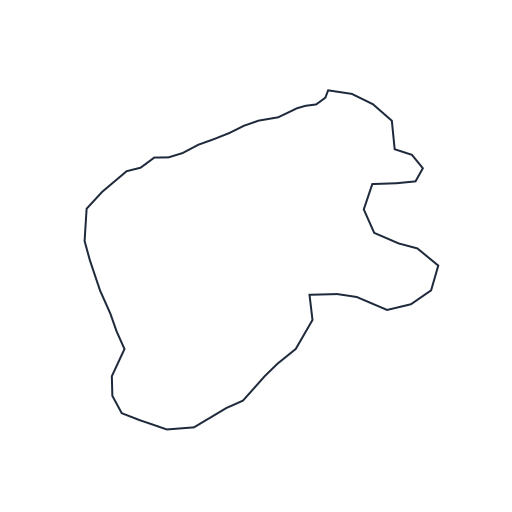 Strongylos, Cyprus (Mercator projection), rotated 336°
{"feature_id": "46923920B68545316730877", "entity_name": "Strongylos", "entity_type": "district", "adm_level": 2, "iso_a3": "CYP", "parent_name": "Cyprus", "parent_adm1": "", "projection": "mercator", "projection_center": [33.65, 35.172], "detail": "fine", "context": "isolated", "style": "outline", "palette": "slate", "viewbox_px": 512, "rotation_deg": 336, "n_neighbors": 0, "source": "geoboundaries", "source_scale": "gbopen_adm2", "svg_char_len": 842}
<svg xmlns="http://www.w3.org/2000/svg" viewBox="0 0 512 512"><g transform="rotate(336 256 256)"><path d="M172.3,125.9L141.6,134.8L120.5,143.9L105.5,172.6L102.5,192.3L99.5,224.0L99.5,249.7L98.0,267.9L98.0,287.5L75.4,307.2L67.9,325.3L69.4,345.0L82.9,358.6L104.0,378.2L129.6,387.3L167.2,382.8L185.3,382.8L215.4,369.2L231.9,363.1L254.5,357.1L281.6,337.4L289.1,313.2L314.7,323.8L331.3,334.4L353.8,358.6L377.9,363.1L402.0,358.6L418.6,338.9L406.5,314.7L391.5,302.6L373.4,283.0L373.4,257.3L391.5,237.6L414.0,246.7L432.1,252.7L444.1,243.7L439.6,227.0L426.1,214.9L435.1,187.7L424.6,165.0L409.5,146.9L389.3,134.0L383.7,139.6L372.6,142.0L362.2,138.9L353.5,137.7L332.6,138.3L313.5,133.4L298.0,132.1L282.0,132.8L264.8,132.1L248.7,130.9L230.8,132.1L216.1,130.3L203.1,124.7L186.5,128.4L172.3,125.9Z" fill="none" stroke="#1e293b" stroke-width="2"/></g></svg>